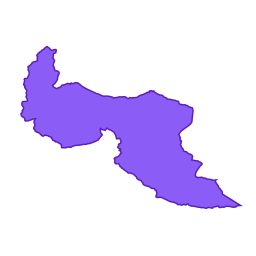 the district of Paute, Azuay, Ecuador, rotated 85°
{"feature_id": "8360857B51005001809557", "entity_name": "Paute", "entity_type": "district", "adm_level": 2, "iso_a3": "ECU", "parent_name": "Ecuador", "parent_adm1": "Azuay", "projection": "equal_earth", "projection_center": [-78.747, -2.747], "detail": "fine", "context": "isolated", "style": "filled", "palette": "violet", "viewbox_px": 256, "rotation_deg": 85, "n_neighbors": 0, "source": "geoboundaries", "source_scale": "gbopen_adm2", "svg_char_len": 5846}
<svg xmlns="http://www.w3.org/2000/svg" viewBox="0 0 256 256"><g transform="rotate(85 128 128)"><path d="M39.9,201.5L39.9,202.0L40.7,203.4L42.4,205.4L42.9,206.9L44.1,208.0L44.3,208.5L44.7,209.1L44.7,209.7L45.5,210.1L45.9,211.1L46.5,211.2L47.0,212.1L48.1,212.5L49.3,211.8L51.0,212.5L52.8,212.2L53.1,212.2L53.5,213.1L53.8,215.7L54.4,217.6L55.8,218.6L57.1,220.2L58.2,222.3L60.4,222.1L61.2,222.2L61.5,222.5L62.8,221.7L65.6,221.7L69.6,223.9L69.8,224.7L69.7,226.5L70.7,227.2L71.7,226.8L75.9,228.2L77.0,227.1L77.4,227.0L78.2,227.4L78.8,227.3L81.8,225.5L82.5,225.6L84.2,226.5L86.3,226.0L88.0,226.9L88.5,226.8L90.2,225.9L91.8,225.7L92.2,225.8L92.4,226.1L92.6,227.2L92.5,229.7L92.5,230.5L93.5,231.4L96.1,231.6L97.6,230.5L99.4,230.3L100.6,230.8L101.5,231.9L102.4,231.8L103.2,232.1L103.7,232.4L104.2,233.3L104.7,233.4L106.8,233.0L107.5,232.3L108.4,231.0L109.0,230.4L110.4,230.0L111.4,230.1L111.9,229.7L112.1,229.4L112.1,226.4L110.6,221.0L110.6,220.3L110.7,219.4L111.5,220.1L113.3,221.1L115.1,221.0L116.3,220.3L116.9,220.5L117.4,220.4L118.8,221.5L119.8,222.0L120.4,221.9L121.2,221.5L121.9,220.7L122.6,220.9L123.4,220.3L124.5,218.6L124.9,217.4L125.6,216.5L127.2,215.3L128.6,213.8L128.8,213.4L128.4,213.0L128.2,212.1L128.2,211.6L128.0,211.0L128.1,210.1L128.6,209.1L128.7,208.2L129.0,207.9L129.4,207.8L129.7,206.8L130.8,204.9L131.1,204.8L131.4,205.1L131.7,205.1L132.3,204.3L133.1,204.2L133.7,203.9L134.1,203.0L134.1,202.4L134.6,202.3L135.0,201.7L135.5,201.4L135.6,200.2L135.9,199.6L136.4,199.1L137.2,197.8L138.7,195.8L139.8,196.0L140.4,195.7L141.5,195.9L141.8,195.7L142.0,195.0L142.0,193.6L142.3,192.0L142.2,191.2L141.7,190.4L141.8,189.1L142.1,187.7L142.1,186.0L141.3,184.8L141.1,183.2L140.9,182.6L140.8,180.6L140.7,180.0L140.9,177.8L140.4,173.3L140.6,170.7L140.1,169.9L140.2,168.0L139.3,164.3L137.4,158.7L135.5,157.2L132.6,154.2L132.1,154.4L130.1,155.7L126.3,155.7L125.9,155.4L127.1,154.2L128.4,151.0L126.3,148.9L127.7,147.4L128.6,145.3L131.1,142.2L134.5,140.8L137.6,140.4L137.8,140.3L137.9,139.8L137.6,137.6L137.6,137.2L138.0,136.9L138.5,136.9L140.3,136.2L142.1,136.4L142.7,137.0L143.1,138.4L143.5,138.8L144.4,138.8L145.8,139.7L146.6,139.9L148.5,137.1L148.9,137.2L149.1,137.6L149.1,138.1L149.3,138.6L149.6,138.7L149.8,138.0L150.0,137.8L152.3,136.8L152.5,136.9L152.8,137.8L153.8,138.2L154.3,138.8L154.8,139.1L155.8,141.0L156.4,143.4L156.8,144.0L157.3,144.4L158.9,143.8L160.8,144.3L162.0,143.9L162.5,143.3L162.7,142.6L162.7,141.0L163.0,140.4L163.7,139.9L165.4,139.4L165.8,139.2L166.4,138.2L167.4,137.8L168.0,136.7L169.4,135.5L171.8,132.5L172.6,132.0L172.9,131.5L173.0,129.8L174.0,127.3L175.0,126.2L175.4,125.5L176.3,125.0L177.4,123.8L178.7,123.7L179.4,123.0L180.4,122.2L181.0,120.6L181.6,119.4L182.9,118.9L184.2,118.0L185.4,117.8L186.2,116.9L187.5,114.4L187.8,112.6L190.2,109.7L190.6,107.3L190.8,107.1L191.8,106.7L192.6,105.6L194.3,105.0L195.4,105.0L196.7,105.3L198.5,106.1L199.1,106.0L199.5,105.7L199.8,104.6L199.7,101.9L200.1,100.7L205.1,92.2L205.8,89.4L207.5,85.8L208.4,85.4L208.7,84.8L208.8,84.4L208.6,83.2L209.4,81.8L209.5,81.2L209.4,80.2L208.8,79.2L209.0,78.7L209.4,78.2L209.6,77.4L209.6,76.7L208.9,75.5L208.9,75.0L209.1,74.7L209.9,74.3L211.3,71.8L211.4,70.7L212.1,67.6L212.7,66.0L213.2,63.7L213.8,61.7L213.9,59.8L214.9,56.8L214.2,55.8L214.1,54.8L215.2,50.9L215.1,50.6L214.5,50.2L214.0,49.3L214.1,47.5L213.8,46.9L213.6,45.1L213.8,44.5L214.4,44.7L215.1,43.9L215.2,43.5L215.3,42.5L215.0,41.3L215.3,39.1L214.7,37.9L214.6,36.0L214.9,33.9L215.8,31.2L216.1,29.6L216.1,27.5L215.2,26.4L215.0,25.6L215.0,22.6L202.1,39.7L201.6,39.8L200.1,39.6L199.4,39.8L197.3,41.2L196.6,41.5L195.5,42.7L193.4,43.1L192.1,44.1L190.9,44.6L189.7,45.5L189.2,45.6L188.2,45.3L187.6,45.3L187.4,45.0L187.5,47.0L187.4,47.7L186.4,50.2L185.9,53.2L184.9,55.0L184.3,57.1L183.5,58.8L183.5,62.6L183.0,63.4L183.0,64.1L182.3,64.7L181.0,65.1L180.5,65.0L179.4,64.7L177.6,63.9L172.1,59.4L170.6,57.4L169.7,57.4L168.7,58.5L168.2,59.3L168.0,60.2L167.0,61.0L166.8,61.8L166.7,62.6L166.0,65.4L165.5,66.2L165.3,67.2L161.9,66.1L161.2,66.3L159.8,67.6L158.9,69.8L158.1,70.8L156.8,71.8L156.0,74.4L153.3,75.2L151.6,76.6L150.5,76.6L149.2,77.2L148.6,76.9L148.1,76.9L147.5,76.3L146.8,76.3L145.7,75.9L145.4,76.0L144.3,77.3L142.2,76.7L140.4,77.5L138.9,77.9L137.0,76.6L135.5,75.0L133.8,72.4L131.4,68.2L129.4,65.4L128.6,64.6L127.6,63.9L116.5,61.7L113.6,62.1L112.8,63.8L112.3,65.4L110.7,67.1L110.5,68.3L109.9,68.9L109.6,71.9L109.1,72.9L109.0,73.7L108.5,74.7L106.8,75.3L106.0,75.3L105.8,75.6L105.6,76.5L104.6,78.7L103.4,83.0L102.9,84.1L103.0,85.5L102.8,86.3L101.8,86.7L101.4,87.2L100.4,89.2L99.9,89.9L98.5,90.7L97.9,93.2L96.8,95.6L94.5,98.4L93.3,99.1L93.4,99.6L93.7,100.1L93.5,100.5L92.9,101.1L93.0,101.9L92.9,103.2L93.0,103.4L94.2,103.4L94.3,103.6L94.4,104.1L94.1,104.6L94.4,105.4L94.2,105.6L94.2,106.3L94.4,105.8L94.7,106.8L95.9,109.8L96.6,113.4L98.2,116.1L98.4,117.0L98.3,119.6L98.3,122.3L97.9,123.6L98.5,124.6L98.7,125.3L97.9,126.9L96.9,127.6L96.5,129.2L96.4,130.1L96.6,131.0L96.2,133.8L96.6,136.2L96.8,139.8L95.8,141.0L94.9,143.7L94.3,146.7L94.2,149.5L93.6,151.1L92.0,153.7L90.7,156.8L85.9,165.1L82.4,170.3L80.6,171.9L78.8,174.0L78.5,174.7L78.3,175.7L78.3,176.7L78.4,177.2L79.1,178.5L78.8,179.1L78.9,179.7L78.7,180.1L78.7,180.7L79.1,181.3L78.5,181.2L78.8,181.8L78.9,182.3L78.3,184.3L79.3,187.1L79.6,190.1L81.3,191.6L81.7,193.3L82.1,194.3L82.5,196.2L81.6,197.2L81.1,198.3L80.3,198.9L78.9,199.1L78.7,199.3L77.6,197.3L75.7,195.6L73.8,194.2L70.4,193.4L67.9,191.9L66.8,191.8L66.0,192.1L65.0,193.4L65.0,194.1L64.4,195.4L63.8,195.9L63.2,196.2L62.6,196.0L61.9,196.3L61.1,196.2L60.3,196.8L58.9,197.0L57.0,196.5L55.5,195.6L54.4,195.3L53.5,195.7L52.3,196.6L51.8,196.3L51.0,196.5L50.1,196.4L49.6,196.0L48.6,196.1L47.5,195.7L46.7,193.4L45.9,193.1L45.2,193.2L44.8,192.8L43.9,192.7L43.7,192.9L43.4,194.3L43.8,196.0L44.2,196.7L44.1,197.3L42.7,198.7L41.4,199.6L39.9,201.5Z" fill="#8b5cf6" stroke="#5b21b6" stroke-width="1.5"/></g></svg>